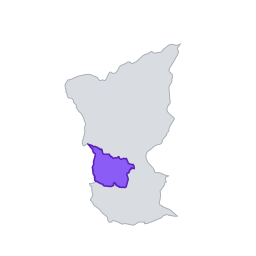 Ouham highlighted on a map of Central African Republic, rotated 287°
{"feature_id": "CAF-810", "entity_name": "Ouham", "entity_type": "Prefecture", "adm_level": 1, "iso_a3": "CAF", "parent_name": "Central African Republic", "parent_adm1": "", "projection": "robinson", "projection_center": [17.885, 7.097], "detail": "fine", "context": "in_parent", "style": "filled", "palette": "violet", "viewbox_px": 256, "rotation_deg": 287, "n_neighbors": 0, "source": "natural_earth", "source_scale": "10m", "svg_char_len": 7733}
<svg xmlns="http://www.w3.org/2000/svg" viewBox="0 0 256 256"><g transform="rotate(287 128 128)"><path d="M173.9,93.6L176.0,94.3L176.4,95.0L175.8,97.5L176.3,99.0L177.5,100.3L178.7,100.9L179.9,101.2L184.0,102.0L185.8,102.9L188.0,105.8L190.9,108.4L191.6,109.8L191.5,111.0L190.6,112.6L190.8,113.2L192.1,114.7L193.6,116.3L196.3,118.1L201.1,120.8L203.2,122.6L204.0,124.0L205.2,125.5L206.9,126.9L208.1,128.0L207.3,131.0L207.5,132.0L207.9,132.8L208.9,134.0L209.3,135.5L210.3,137.4L211.5,138.3L213.5,138.6L214.5,139.5L216.7,141.0L218.7,142.3L219.6,143.2L220.2,144.0L220.7,144.9L220.9,145.9L221.0,147.9L221.3,150.4L222.5,152.2L223.5,153.4L219.3,152.0L218.6,151.9L217.9,152.2L215.7,154.0L215.0,154.2L212.2,153.8L205.4,152.4L200.2,151.0L198.6,150.5L195.8,150.1L194.0,151.0L192.3,154.2L191.8,154.9L189.1,155.8L187.8,155.6L184.7,156.4L179.8,155.1L178.1,155.4L176.8,156.0L173.3,157.5L171.2,158.3L168.7,159.1L166.4,160.3L164.8,160.9L163.3,160.9L161.9,160.2L160.4,159.7L158.6,159.5L156.7,159.9L155.1,161.2L154.4,162.1L153.0,164.5L151.4,168.5L150.8,169.3L150.2,169.7L142.6,167.7L139.3,167.3L137.1,167.9L134.4,166.8L133.2,166.6L132.6,166.9L131.1,166.4L128.6,165.1L126.2,164.5L124.0,164.7L122.7,164.2L121.6,162.9L120.3,160.5L117.8,158.1L114.5,156.2L112.5,154.7L111.6,153.8L109.9,153.2L107.1,153.1L104.5,154.1L100.8,157.1L97.3,163.2L95.3,165.6L93.8,166.2L93.4,167.7L94.2,170.0L94.4,172.7L93.8,177.3L94.0,180.7L93.2,180.1L92.4,178.6L92.0,178.3L89.7,179.0L88.5,179.6L87.9,180.2L87.4,180.3L86.7,179.5L86.1,179.3L85.2,179.5L84.3,179.5L83.7,179.3L83.3,179.4L82.2,178.9L78.2,177.6L77.5,177.2L76.7,177.2L74.7,178.4L73.6,178.7L70.3,179.4L66.8,179.7L65.5,179.7L64.5,180.2L64.0,180.9L62.9,185.2L62.6,185.9L62.6,187.0L62.3,190.4L62.4,191.5L58.2,200.9L57.5,199.3L57.1,197.5L56.9,195.4L57.0,194.8L56.8,194.2L56.4,192.5L56.8,191.4L56.5,190.2L55.7,189.1L54.9,188.2L54.5,187.4L54.1,187.1L53.3,186.9L52.2,186.5L47.6,181.0L42.7,174.9L41.7,172.8L41.3,171.7L42.5,171.6L42.8,171.4L42.8,170.8L42.1,169.2L41.8,167.2L41.2,166.0L39.3,164.1L37.4,162.6L36.9,161.9L36.5,160.9L35.9,154.2L35.5,152.3L35.0,151.4L34.6,151.1L34.4,150.6L34.5,149.4L34.7,148.3L34.7,147.9L35.2,147.0L35.2,140.8L34.6,140.0L33.5,140.0L33.0,139.1L32.5,137.9L32.6,137.1L33.7,135.9L34.4,135.4L36.4,134.4L37.0,133.9L37.4,133.3L37.6,132.5L38.8,129.3L40.6,126.1L41.4,125.5L43.2,120.8L43.6,119.6L43.9,118.4L44.5,117.5L46.5,115.9L48.0,113.1L49.6,113.3L51.2,113.7L53.3,113.9L55.0,113.4L56.1,112.3L61.2,110.5L61.6,109.0L62.4,108.2L63.3,107.5L63.6,107.4L63.7,107.9L64.3,109.5L65.4,111.0L67.1,112.7L67.6,112.6L68.7,111.3L71.4,110.5L72.0,110.2L73.9,108.3L76.2,107.1L77.6,106.7L79.9,105.5L81.5,105.6L84.1,105.4L88.5,104.8L91.7,104.6L93.3,104.4L93.7,104.2L94.3,102.4L94.8,101.9L96.0,101.1L98.3,98.4L99.9,96.1L100.3,95.3L100.6,95.2L101.3,94.2L100.7,93.2L98.0,91.2L98.1,90.9L97.9,90.6L98.1,90.3L99.1,89.5L100.4,88.6L101.8,88.2L105.6,88.3L108.8,88.1L109.5,88.1L112.0,87.7L113.7,87.2L115.5,86.3L119.4,86.4L122.7,83.9L123.7,83.4L124.1,83.1L124.2,82.7L125.7,81.7L127.5,79.7L128.8,77.9L129.2,76.6L132.9,72.2L134.2,72.3L134.9,71.8L136.3,68.8L136.8,68.3L138.3,67.8L139.1,66.9L139.7,65.7L139.7,64.1L139.4,62.8L139.4,62.2L139.8,61.6L140.3,61.0L143.2,59.5L143.9,58.7L144.3,58.0L145.1,57.9L146.0,58.0L146.5,57.6L147.1,56.9L149.1,55.9L150.9,55.1L152.8,55.5L156.3,56.4L157.3,58.5L157.8,59.2L162.1,64.1L163.0,65.3L165.1,68.9L166.4,71.3L167.9,74.7L168.1,76.6L167.9,78.2L167.6,82.8L167.2,84.1L165.3,86.6L165.3,87.7L165.7,88.6L166.2,89.0L166.6,89.4L166.4,91.6L167.1,92.4L168.5,92.9L172.0,93.3L173.9,93.6Z" fill="#d9dde1" stroke="#a8b0b8" stroke-width="1"/><path d="M86.1,104.9L92.5,104.7L93.7,104.4L94.1,103.7L94.1,102.9L94.4,102.2L94.9,101.7L95.5,101.4L96.4,101.0L96.6,100.9L97.0,100.6L97.6,99.5L98.1,99.0L98.3,98.7L98.4,98.3L98.5,98.0L100.0,96.1L100.6,94.7L100.8,94.6L100.7,95.2L100.7,95.4L100.8,95.7L100.8,96.3L100.7,96.6L100.6,96.8L100.7,97.0L100.8,97.2L100.7,97.3L100.6,97.6L100.6,97.8L100.8,98.3L100.6,98.5L100.6,99.0L100.3,99.3L100.4,99.7L100.3,99.9L100.3,100.0L100.1,100.2L100.0,100.5L100.0,100.8L100.1,101.0L100.5,101.2L100.6,101.4L100.6,102.2L100.7,102.4L100.7,102.5L100.5,102.8L100.5,103.0L100.6,103.3L100.5,103.5L100.4,103.7L100.4,103.8L100.5,103.9L100.5,104.1L100.4,104.6L100.2,104.8L100.1,105.0L100.1,105.5L100.1,105.9L100.2,106.0L100.1,106.3L99.9,106.4L99.7,106.6L99.6,106.8L99.8,107.0L99.8,107.3L99.7,107.3L99.5,107.5L99.4,107.6L99.5,107.9L99.6,108.0L99.4,108.5L99.4,108.9L99.5,109.0L99.9,109.1L99.8,109.3L96.7,111.1L96.0,111.8L95.8,112.3L97.4,117.5L97.4,117.8L97.2,118.0L96.6,118.3L96.4,118.5L96.3,119.0L96.1,119.4L95.6,119.8L95.5,120.0L95.9,120.3L96.0,120.4L96.0,120.5L95.9,120.6L95.7,120.7L95.6,120.9L95.5,121.2L95.3,121.9L95.2,122.0L94.9,122.3L94.7,122.7L94.6,122.9L94.7,123.0L95.1,123.4L95.3,123.6L95.4,123.8L95.7,124.8L95.8,124.9L96.0,124.9L96.1,125.0L96.0,125.3L96.0,125.6L96.0,125.8L96.1,126.0L96.3,126.3L96.6,126.5L96.9,126.7L97.6,127.0L97.8,127.3L97.8,127.5L97.8,127.8L97.7,127.9L96.9,128.4L96.6,128.6L96.4,128.8L96.3,129.1L96.1,130.0L96.0,130.3L96.0,130.5L96.2,130.9L97.5,132.4L97.7,132.6L97.7,132.9L97.7,133.8L97.7,134.2L97.8,134.6L97.8,134.8L98.0,134.9L98.3,135.0L98.4,135.4L98.2,135.6L97.7,135.8L97.4,136.2L96.8,136.6L96.0,137.5L95.8,137.7L95.3,138.0L95.0,138.2L94.2,138.6L94.2,138.8L94.3,139.1L94.3,139.3L94.3,139.6L94.1,140.1L94.1,140.4L94.1,140.7L94.2,141.1L94.2,141.4L94.2,142.2L94.4,143.1L94.2,143.0L94.1,143.6L94.1,143.8L94.0,144.0L93.9,144.4L93.7,144.5L92.5,145.3L91.8,145.6L91.2,145.8L90.9,145.7L90.9,144.9L90.9,144.7L90.6,144.1L90.5,143.8L90.5,143.7L90.9,143.4L91.0,143.2L90.9,143.0L90.9,142.9L90.6,142.8L90.3,142.7L90.0,142.6L89.5,142.7L89.3,142.7L89.1,142.8L89.0,142.7L88.9,142.1L88.6,141.9L88.3,141.9L87.1,142.0L86.9,142.1L86.5,141.8L86.4,141.7L86.1,141.7L85.7,141.9L85.4,141.9L85.2,141.8L85.2,141.7L85.1,141.3L85.1,141.1L84.2,140.6L83.9,140.4L83.7,140.3L83.0,140.4L82.8,140.6L82.6,140.8L82.4,141.1L79.5,143.0L78.9,143.2L71.8,143.4L70.9,143.3L70.6,143.1L70.3,142.5L70.0,142.0L70.0,141.7L70.0,140.9L69.9,140.8L69.8,140.5L69.7,140.2L69.6,139.9L69.5,139.7L69.4,139.6L69.3,139.3L69.2,138.3L69.2,137.9L69.0,137.6L68.9,137.0L68.9,136.9L69.0,136.6L69.3,136.6L69.6,136.4L69.6,136.2L69.4,135.8L69.4,135.3L69.5,134.7L69.5,134.4L69.5,134.1L69.6,133.8L69.6,133.6L69.8,133.5L69.9,133.4L69.9,133.5L70.1,133.6L70.5,133.5L70.5,133.4L70.6,133.2L70.6,132.7L70.7,132.4L70.9,132.4L71.0,132.4L71.1,132.1L71.3,131.9L71.5,132.0L71.6,131.9L71.7,131.7L71.8,131.2L71.7,130.9L71.4,130.8L71.3,130.7L71.2,130.6L70.9,130.4L70.7,130.6L70.3,130.5L70.0,130.5L69.8,130.5L69.7,130.5L69.6,130.8L69.3,130.9L69.1,131.0L68.8,130.9L68.7,130.8L68.5,130.5L68.3,130.5L68.2,130.4L68.1,130.2L67.9,129.8L67.9,129.6L67.7,129.5L67.4,129.4L67.1,128.6L67.0,128.4L66.9,128.4L66.8,128.1L66.7,127.6L66.7,127.0L66.6,126.4L66.3,125.8L66.3,125.6L66.2,125.1L66.3,124.0L66.2,123.9L66.1,123.6L66.0,123.2L65.9,123.0L65.7,122.8L65.7,122.7L65.6,122.1L65.7,121.9L65.8,121.9L65.9,121.7L65.9,121.4L65.9,121.2L66.0,121.2L66.3,121.1L66.5,120.7L66.7,120.4L66.8,120.3L66.9,120.0L66.9,119.6L66.9,119.3L66.8,119.1L66.7,118.8L66.7,118.6L66.7,118.4L67.0,117.6L67.1,116.3L67.1,116.1L67.2,115.9L67.3,115.6L67.4,115.2L67.7,115.0L67.8,114.9L67.8,114.7L67.8,114.3L67.6,114.1L67.6,113.8L67.7,113.1L67.6,112.7L67.9,112.4L68.1,112.4L68.1,112.1L68.2,111.7L68.3,111.4L68.6,111.3L69.1,111.1L69.8,111.0L70.0,111.0L70.2,110.8L70.3,110.7L70.9,110.8L70.9,110.7L71.0,110.4L71.2,110.2L71.5,110.4L71.6,110.5L71.8,110.6L72.0,110.4L72.3,110.1L72.8,109.4L73.1,109.1L73.3,109.1L73.5,108.7L73.8,108.3L74.0,108.1L76.0,107.3L76.3,107.1L76.5,106.9L77.2,107.1L77.3,107.0L77.5,106.6L77.7,106.4L78.0,106.3L78.5,106.3L78.9,106.2L79.1,106.0L79.4,105.5L79.7,105.4L80.0,105.4L80.3,105.4L82.3,105.8L82.9,105.8L83.5,105.7L84.7,105.2L86.1,104.9Z" fill="#8b5cf6" stroke="#5b21b6" stroke-width="1.5"/></g></svg>